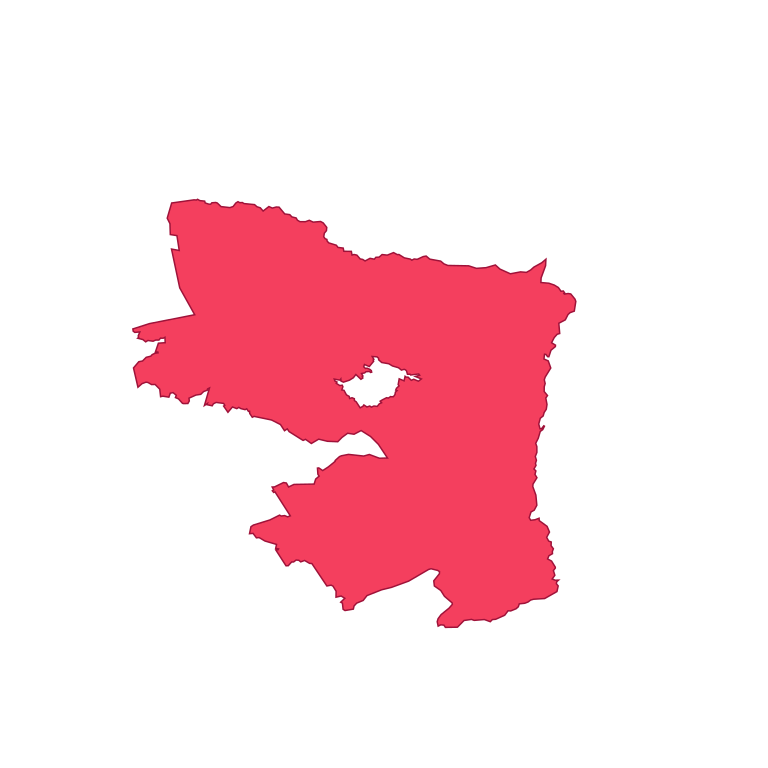 the district of Simalungun, Sumatera Utara, Indonesia, rotated 236°
{"feature_id": "22746128B18371020983209", "entity_name": "Simalungun", "entity_type": "district", "adm_level": 2, "iso_a3": "IDN", "parent_name": "Indonesia", "parent_adm1": "Sumatera Utara", "projection": "robinson", "projection_center": [99.096, 2.951], "detail": "fine", "context": "isolated", "style": "filled", "palette": "rose", "viewbox_px": 768, "rotation_deg": 236, "n_neighbors": 0, "source": "geoboundaries", "source_scale": "gbopen_adm2", "svg_char_len": 6172}
<svg xmlns="http://www.w3.org/2000/svg" viewBox="0 0 768 768"><g transform="rotate(236 384 384)"><path d="M642.9,329.5L652.8,309.2L642.7,297.0L636.6,296.2L627.4,290.4L622.8,295.3L609.2,288.9L614.7,283.3L577.9,268.4L547.3,265.8L565.2,223.4L570.1,206.6L568.0,205.6L566.1,206.3L563.7,210.7L561.3,207.1L559.9,206.7L559.7,205.4L555.6,209.0L552.2,210.0L552.1,212.6L548.6,216.5L548.1,219.3L546.3,222.0L547.0,224.3L545.4,226.6L545.2,228.5L540.6,225.7L544.0,219.8L538.3,212.3L537.0,214.4L536.2,214.1L537.5,211.5L538.0,208.2L537.5,206.2L539.1,201.8L538.1,196.7L539.6,193.2L537.4,185.3L518.9,178.2L519.6,183.6L518.6,187.7L517.2,189.2L513.5,191.0L511.6,194.0L505.1,195.2L498.4,191.7L497.6,193.8L493.4,198.3L495.9,201.7L494.8,204.3L490.8,205.5L489.4,203.5L486.6,205.3L480.7,206.1L479.8,206.9L477.5,210.5L478.8,213.1L481.3,214.4L480.0,221.9L477.9,226.3L478.6,230.3L477.7,234.0L478.6,235.0L478.3,237.1L466.6,223.1L466.6,226.7L465.8,225.7L462.0,229.4L463.0,231.5L462.6,234.5L457.6,240.2L455.4,240.1L455.4,238.7L447.8,238.8L449.7,245.5L445.9,248.2L445.8,250.6L443.7,251.5L440.4,254.5L440.2,256.3L437.1,256.3L436.6,257.3L434.6,256.2L430.1,256.2L429.8,258.2L417.1,270.6L408.3,275.5L400.9,275.4L400.9,278.7L397.6,278.7L383.5,284.9L382.5,285.4L382.0,288.0L375.3,290.5L374.8,299.0L368.1,305.1L362.0,313.4L363.2,319.3L363.5,326.3L359.1,331.1L358.2,339.0L348.0,343.5L337.1,345.6L320.7,345.5L325.0,338.7L333.8,332.4L335.6,326.9L345.5,315.2L348.3,308.6L348.7,306.5L347.9,300.7L347.2,300.3L346.4,291.5L346.5,284.8L350.9,283.0L351.5,281.8L346.1,278.7L343.9,278.7L343.4,274.2L340.1,270.1L351.1,253.2L352.0,247.3L356.5,247.7L358.5,245.6L359.9,235.7L361.1,233.7L357.8,233.3L357.9,231.7L355.8,231.9L355.5,233.3L327.1,232.6L327.8,229.8L330.5,228.0L332.0,225.0L333.7,224.1L335.1,213.4L340.1,196.9L340.1,193.9L335.1,188.8L333.4,191.9L327.8,192.2L326.5,194.6L320.4,197.5L311.1,205.2L308.2,202.2L306.3,204.4L305.8,203.7L306.8,201.5L288.1,201.1L286.9,203.0L288.1,207.9L287.0,209.6L287.2,212.7L285.5,214.8L283.1,215.5L282.1,219.5L276.9,222.0L275.5,223.8L248.5,223.7L246.8,227.7L244.9,228.7L239.0,228.4L234.1,225.0L232.2,229.9L228.3,231.7L227.3,226.1L225.6,227.0L220.1,224.1L218.0,225.0L214.5,232.7L216.7,235.0L217.6,238.8L216.2,245.7L218.1,251.6L214.7,267.0L211.2,276.5L206.8,294.2L205.3,317.3L204.5,319.7L199.4,324.3L197.4,325.1L195.7,323.8L193.0,315.2L188.4,312.8L181.1,315.6L174.2,315.4L164.4,318.1L163.1,317.4L161.8,312.6L160.9,302.4L159.2,297.6L157.2,295.2L153.0,293.5L152.6,296.4L150.6,298.8L147.9,298.8L141.3,308.9L143.2,318.1L139.9,324.9L137.6,326.6L132.6,335.5L127.5,339.2L128.1,342.1L126.5,345.0L124.8,354.8L126.6,360.0L125.0,362.2L123.8,367.8L124.2,370.8L126.1,373.2L123.5,378.1L122.7,381.6L122.9,384.7L121.9,387.7L116.3,397.2L115.2,411.3L119.2,415.5L122.0,415.2L123.5,416.6L123.8,419.0L125.6,416.2L128.3,414.4L129.9,418.7L134.6,420.1L135.6,423.1L136.4,423.6L143.5,423.9L147.5,421.8L149.4,424.7L149.1,428.8L150.9,429.8L152.7,432.3L156.5,432.1L159.5,434.3L161.7,432.7L165.9,433.1L168.7,438.4L174.8,439.6L183.9,436.3L186.0,437.5L187.0,433.3L189.0,429.4L192.0,429.6L195.7,434.3L195.4,438.0L198.0,442.9L207.0,447.8L215.8,450.0L217.7,451.6L220.8,458.4L224.6,458.6L227.0,461.3L229.7,460.8L231.5,464.5L233.5,465.2L235.5,467.7L239.3,468.9L241.8,472.5L246.6,475.7L250.0,476.6L252.8,481.6L257.3,487.0L257.4,490.1L259.3,493.4L260.0,493.1L258.9,489.8L259.6,488.3L264.3,489.9L268.2,494.4L268.5,498.1L270.8,500.8L272.3,504.4L275.9,507.7L281.9,510.3L283.0,513.1L288.2,512.6L292.1,515.3L294.3,517.9L297.8,519.2L299.6,521.5L304.0,531.2L311.3,533.1L315.3,530.6L318.9,533.7L318.0,534.8L315.2,534.9L314.4,535.9L318.6,541.3L319.2,547.0L320.3,547.9L324.5,546.0L327.3,551.1L328.4,555.4L327.6,557.9L336.6,562.9L335.8,570.2L338.7,575.4L339.1,578.2L338.0,582.5L345.2,589.2L347.6,589.8L354.2,589.2L356.1,587.2L357.6,583.9L358.4,583.7L358.5,584.7L360.8,584.7L361.9,582.6L366.4,582.5L370.8,580.5L375.3,577.1L380.4,570.8L384.1,573.6L391.7,584.1L396.9,588.0L396.3,582.7L397.1,573.6L396.5,569.3L396.9,564.5L400.6,559.9L404.7,550.4L414.4,544.4L420.4,542.9L423.4,533.6L428.2,525.3L434.6,520.3L446.6,503.2L450.0,500.9L454.2,499.7L461.9,491.8L466.5,490.5L467.7,487.8L468.8,481.2L470.8,478.9L471.1,476.3L472.8,475.7L477.2,471.4L483.0,468.8L483.8,467.4L487.6,465.4L489.0,458.8L492.4,454.8L491.9,450.9L493.6,448.1L492.9,445.8L496.0,442.7L496.6,437.1L499.2,436.0L501.0,434.2L506.0,433.6L508.1,431.6L508.8,429.6L512.2,431.1L516.5,424.9L519.5,426.2L523.0,422.2L525.7,422.1L531.9,417.1L534.4,416.8L535.8,417.5L537.4,416.4L539.8,416.4L542.4,418.9L543.3,422.0L545.8,424.1L551.5,423.7L554.2,422.3L557.8,415.8L561.5,413.6L562.5,409.6L565.6,405.1L568.2,403.8L570.8,404.0L574.0,401.1L577.1,400.6L580.5,396.8L589.3,395.9L591.0,393.6L592.3,389.8L595.5,387.8L595.0,380.5L599.2,380.0L602.0,377.8L605.1,377.0L611.9,368.8L613.6,368.1L615.0,365.8L616.8,364.9L616.9,362.3L615.5,358.2L616.4,354.9L622.2,348.1L627.3,347.0L628.6,346.0L630.5,342.6L630.0,340.8L631.0,339.4L634.1,337.0L635.9,337.6L639.0,333.9L641.4,332.7L641.4,331.4L642.9,329.5ZM411.3,344.8L411.9,346.1L413.8,345.0L415.9,345.5L411.8,349.7L412.3,351.0L410.5,350.0L408.2,351.4L406.5,357.4L406.3,362.1L407.6,366.0L400.8,367.5L400.8,369.8L402.4,370.2L402.4,371.0L405.3,371.2L404.0,374.2L404.3,375.8L402.6,378.9L401.1,379.3L400.7,380.4L402.2,381.0L404.1,380.4L406.6,378.8L407.3,377.3L409.6,376.8L411.1,378.7L406.7,381.6L407.8,385.3L408.6,388.1L409.9,388.4L410.1,389.4L413.4,389.6L410.5,393.3L408.5,393.9L407.0,393.1L403.1,394.1L398.1,399.3L394.2,401.1L389.4,405.1L385.8,406.2L384.9,408.9L383.8,409.7L382.3,410.0L379.0,408.9L377.5,411.1L376.6,411.1L372.9,418.4L371.3,418.5L372.7,414.2L367.3,417.8L367.1,414.1L371.3,411.3L371.8,408.7L376.2,407.8L377.3,406.2L378.6,405.8L375.4,402.4L379.8,399.5L375.6,395.4L374.0,395.4L373.5,392.0L372.4,390.3L371.2,391.1L370.9,388.9L369.1,387.2L368.2,384.7L369.8,382.3L369.9,383.0L369.9,379.7L371.2,378.5L371.8,373.7L371.9,371.2L369.8,371.5L370.2,369.1L369.2,365.9L371.4,363.3L371.9,360.6L373.7,359.9L374.5,357.0L377.9,355.6L377.3,354.0L377.6,350.9L384.8,351.0L386.8,350.2L388.4,351.2L390.5,349.8L391.2,347.4L393.2,348.2L396.0,346.8L401.1,347.3L402.7,345.7L404.7,348.4L406.4,348.7L407.4,346.5L411.3,344.8Z" fill="#f43f5e" stroke="#9f1239" stroke-width="1.5"/></g></svg>